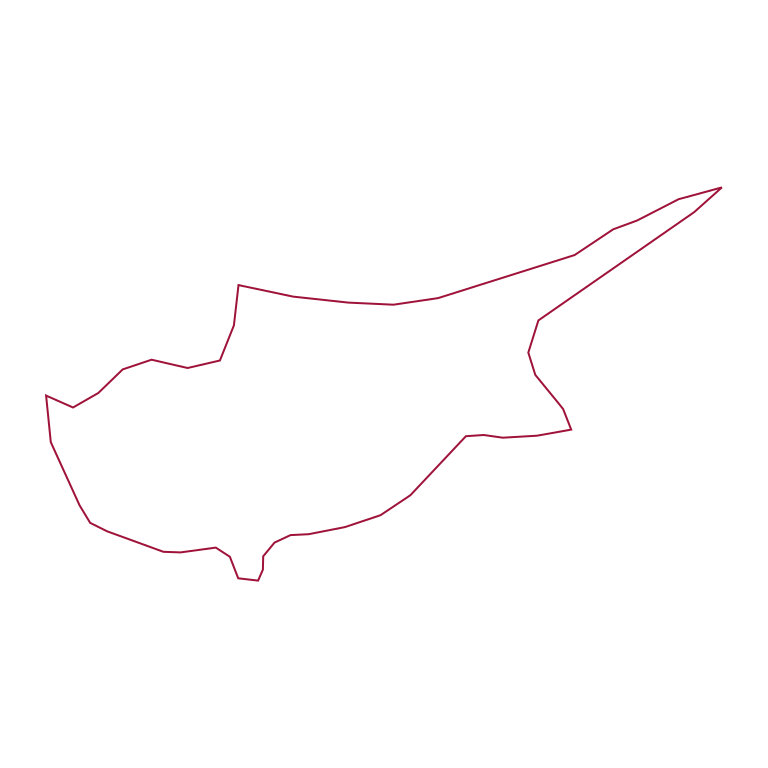 outline of Cyprus
{"feature_id": "CYP", "entity_name": "Cyprus", "entity_type": "country or territory", "adm_level": 0, "iso_a3": "CYP", "parent_name": "Asia", "parent_adm1": "", "projection": "robinson", "projection_center": [33.299, 35.116], "detail": "fine", "context": "isolated", "style": "outline", "palette": "rose", "viewbox_px": 768, "rotation_deg": 0, "n_neighbors": 0, "source": "natural_earth", "source_scale": "50m", "svg_char_len": 709}
<svg xmlns="http://www.w3.org/2000/svg" viewBox="0 0 768 768"><path d="M563.1,409.0L571.2,429.6L537.0,435.7L502.8,437.7L483.7,435.0L465.9,436.2L410.4,495.2L380.5,515.2L344.9,527.1L308.7,534.2L290.5,535.1L274.5,542.6L263.2,556.3L262.9,569.6L258.1,580.6L238.2,578.3L229.9,556.8L215.8,547.6L180.6,552.4L163.4,551.8L107.1,531.3L90.2,522.9L79.6,505.4L50.8,442.2L46.1,395.6L73.0,407.5L98.3,393.0L122.7,369.4L151.6,359.7L169.7,363.9L187.6,368.0L219.9,360.5L233.9,325.4L238.5,285.1L293.0,296.6L348.3,302.6L393.5,304.7L438.1,298.1L574.7,255.0L613.2,229.3L637.1,220.5L678.6,199.2L721.9,187.4L694.2,212.1L538.4,320.4L528.3,352.6L535.3,374.9L557.4,401.9L563.1,409.0Z" fill="none" stroke="#9f1239" stroke-width="2"/></svg>